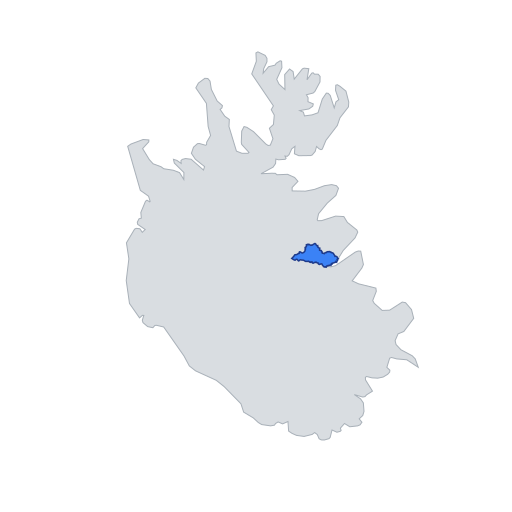 Hörgársveit, Norðurland eystra, Iceland shown in context, rotated 74°
{"feature_id": "244011B22444435927366", "entity_name": "Hörgársveit", "entity_type": "district", "adm_level": 2, "iso_a3": "ISL", "parent_name": "Iceland", "parent_adm1": "Norðurland eystra", "projection": "orthographic", "projection_center": [-18.391, 65.624], "detail": "fine", "context": "in_parent", "style": "filled", "palette": "blue", "viewbox_px": 512, "rotation_deg": 74, "n_neighbors": 0, "source": "geoboundaries", "source_scale": "gbopen_adm2", "svg_char_len": 8080}
<svg xmlns="http://www.w3.org/2000/svg" viewBox="0 0 512 512"><g transform="rotate(74 256 256)"><path d="M375.7,145.6L379.7,145.8L386.1,142.5L395.0,133.3L398.8,131.3L407.7,130.7L397.3,139.7L393.7,149.1L390.9,153.7L391.1,155.7L399.1,160.9L402.7,158.8L404.4,159.5L406.0,162.0L407.4,167.1L407.0,172.6L405.1,178.1L402.3,182.9L402.8,184.3L405.3,184.9L418.0,181.3L419.9,187.9L421.2,190.0L421.0,192.3L416.3,199.7L422.1,194.9L426.8,193.3L435.1,195.0L438.7,197.3L441.0,201.7L445.0,200.0L447.0,202.5L447.3,205.2L446.0,212.9L441.4,217.1L444.7,222.3L447.2,222.3L447.8,223.5L447.7,226.8L444.2,230.9L450.8,234.7L451.7,236.2L451.7,241.1L450.8,243.9L449.1,245.7L444.5,246.3L441.9,248.3L443.0,251.2L442.7,259.5L439.6,266.5L436.4,270.3L433.3,272.9L423.9,270.9L424.7,276.7L421.6,280.5L422.4,283.4L423.7,284.9L423.3,288.8L419.6,297.0L416.7,299.7L410.9,303.2L402.7,310.9L393.9,311.2L372.8,322.6L364.5,328.5L349.7,345.8L343.3,350.4L332.2,352.8L298.8,364.3L295.1,370.9L294.9,372.4L296.5,374.9L294.0,379.6L288.9,383.0L286.4,383.0L282.2,380.2L281.7,381.5L283.4,385.0L266.8,390.7L243.8,387.5L223.7,379.0L207.6,376.9L196.7,365.3L196.4,363.5L197.8,360.1L201.9,358.8L200.0,355.2L193.0,361.0L190.8,360.8L188.0,358.2L188.0,355.8L182.4,354.7L172.9,347.1L172.3,345.4L174.7,343.2L174.3,342.7L168.9,342.8L161.0,349.1L115.2,349.1L113.9,345.4L112.9,332.4L114.9,327.0L116.7,327.6L121.5,335.4L133.9,332.0L139.0,329.5L144.0,322.7L146.7,320.6L150.8,311.8L154.8,306.5L162.6,304.3L155.9,302.3L144.1,308.9L140.3,308.7L142.3,305.7L146.4,302.4L143.7,301.9L142.8,300.3L142.9,296.9L145.1,291.7L158.9,282.8L155.9,280.8L146.3,287.6L139.5,289.8L134.2,286.1L131.9,281.4L132.2,279.5L135.7,273.9L135.3,272.8L133.1,272.1L127.6,266.4L118.3,266.3L95.6,261.6L77.8,267.5L73.9,263.7L71.1,256.2L72.1,253.4L75.2,252.0L83.6,253.0L96.3,250.6L102.2,246.8L104.3,248.0L105.2,250.1L113.0,247.5L117.4,244.0L124.1,246.3L149.8,245.9L153.4,241.2L155.1,235.4L154.5,234.2L144.8,239.0L142.7,238.8L132.0,235.3L128.3,231.8L129.8,229.3L135.8,224.1L151.0,215.7L153.1,213.9L153.4,211.7L147.9,207.4L136.9,207.9L134.4,203.0L125.6,199.6L119.5,201.0L116.5,197.9L79.8,209.9L68.9,202.0L60.8,200.1L60.3,197.9L65.7,191.9L69.0,191.0L72.3,191.9L78.1,197.0L82.3,198.8L77.5,191.7L77.8,185.2L76.3,183.4L75.0,179.0L75.8,177.7L82.2,179.2L91.9,187.4L97.1,186.5L104.0,182.3L89.5,178.4L85.5,172.2L89.0,169.5L96.5,170.5L88.9,159.8L88.7,158.0L90.5,153.6L100.7,158.4L95.6,152.0L95.6,150.6L97.3,149.7L98.4,146.1L101.1,144.9L106.3,146.5L114.1,154.1L115.1,156.1L114.9,163.1L118.2,162.3L122.0,163.5L125.6,159.0L127.7,160.2L129.2,164.6L128.3,173.9L130.8,170.8L134.7,170.8L135.8,163.2L135.4,156.9L123.4,149.0L118.8,143.5L119.5,141.8L122.1,140.4L135.2,140.0L129.8,136.6L128.6,133.4L118.7,133.9L113.8,132.2L113.8,130.6L116.0,128.5L122.3,124.1L133.6,124.4L138.1,126.0L146.3,137.2L153.0,141.9L164.1,156.9L171.5,162.8L171.7,164.2L170.4,165.8L167.4,167.6L171.8,170.3L174.4,174.2L174.5,175.8L171.4,187.2L168.3,190.9L161.3,188.3L162.8,192.1L167.7,196.3L168.8,198.5L167.9,200.6L170.4,200.1L171.1,201.3L169.7,207.9L168.3,210.2L172.5,211.7L175.3,215.1L178.3,228.5L180.7,218.4L181.8,214.7L183.7,213.4L186.2,203.1L191.2,197.2L195.8,195.1L200.1,202.4L203.4,203.3L207.3,190.6L208.1,181.3L207.3,170.9L208.2,163.6L210.6,159.3L213.6,158.0L219.8,162.5L224.8,172.9L232.6,184.2L238.1,187.2L239.1,186.8L240.1,183.2L239.6,168.5L242.3,160.7L248.9,158.9L258.8,151.9L261.1,151.6L265.9,155.8L274.7,170.6L280.9,177.4L284.2,188.4L285.7,190.4L287.1,187.0L287.2,182.1L279.6,159.5L279.4,156.4L280.2,154.0L293.8,155.1L296.8,157.6L306.4,170.4L311.0,165.1L319.9,149.6L323.1,150.1L331.0,156.1L334.1,155.4L343.1,149.7L344.9,142.5L340.6,128.1L342.1,125.1L350.4,121.3L359.4,121.6L369.3,134.7L370.0,140.9L375.7,145.6Z" fill="#d9dde1" stroke="#a8b0b8" stroke-width="1"/><path d="M259.0,204.4L259.6,204.5L259.9,204.5L260.1,204.5L260.3,205.0L260.8,205.1L261.0,205.3L261.2,205.5L261.2,205.9L261.2,206.2L261.6,206.6L262.0,206.6L262.7,206.4L263.3,206.7L263.4,206.8L263.3,207.0L263.5,207.1L264.0,207.2L264.5,207.5L264.8,207.7L265.0,208.0L265.2,208.3L265.3,208.4L265.5,208.7L265.8,209.6L265.9,210.4L265.9,210.6L265.8,210.9L265.6,211.1L264.4,212.1L264.2,212.4L264.2,212.6L264.1,212.8L264.0,213.0L264.2,213.3L264.3,213.3L264.6,213.5L265.0,213.4L265.4,213.7L265.4,214.0L265.4,214.3L265.3,214.5L265.3,214.8L265.4,215.1L265.6,215.4L265.6,215.5L265.8,216.3L265.8,216.7L265.8,216.8L265.8,217.1L265.6,217.7L265.6,217.9L265.6,218.5L265.9,218.8L266.2,219.2L266.5,219.4L266.7,219.8L267.7,221.4L268.2,222.3L269.5,221.2L270.0,220.7L270.4,220.3L270.7,219.7L270.8,219.6L270.7,219.2L270.3,218.4L270.3,218.1L270.3,217.9L270.4,217.6L270.8,217.2L271.1,217.1L272.0,216.8L272.2,216.6L272.5,216.4L272.5,216.1L272.0,215.0L271.9,214.8L271.9,214.4L271.9,214.1L272.4,213.4L272.7,212.6L272.9,212.0L273.0,211.7L273.4,211.2L273.8,210.8L274.1,210.5L274.6,210.2L274.8,209.9L274.9,209.7L275.0,209.5L275.0,209.2L275.1,208.9L275.3,208.4L275.4,208.0L275.4,207.6L275.4,207.3L275.4,207.2L275.5,207.1L275.8,206.9L275.8,206.7L276.3,206.3L276.3,206.1L276.3,205.9L276.5,205.7L276.8,205.6L277.0,205.7L277.2,205.3L277.2,205.1L277.0,204.7L277.0,204.4L277.0,203.9L277.2,203.7L277.6,203.7L278.0,203.8L278.2,203.6L278.5,203.4L278.7,202.5L278.5,202.1L278.4,201.8L278.3,201.1L278.3,200.9L278.6,200.5L278.5,200.4L278.4,200.3L278.4,200.1L278.7,199.6L278.8,199.6L279.1,199.4L279.3,199.3L279.4,199.2L279.5,199.0L279.7,198.4L279.9,198.2L280.1,198.3L280.3,198.3L280.8,198.2L281.3,197.8L281.6,197.4L281.5,197.2L281.5,196.7L281.6,196.3L281.5,195.8L281.5,195.6L281.6,195.2L281.7,194.9L283.0,194.7L283.4,194.5L283.7,194.4L284.4,194.0L284.8,194.0L284.9,193.9L285.1,193.7L285.2,193.4L285.3,193.4L285.4,193.2L285.4,192.9L285.5,192.9L285.5,192.7L285.6,192.4L285.6,192.2L285.6,191.9L285.8,191.8L285.8,191.7L286.0,191.9L286.1,191.7L285.8,191.5L285.9,191.4L285.8,191.2L285.7,191.2L285.4,190.8L285.4,191.0L285.2,190.8L285.1,190.7L285.0,190.3L285.2,190.0L285.2,189.9L285.3,189.5L285.1,189.3L285.2,189.2L285.1,188.8L285.2,188.6L285.1,188.4L285.1,188.1L285.4,187.7L285.2,187.4L285.2,187.2L285.2,186.9L285.2,186.7L285.1,186.3L285.2,186.2L285.3,186.2L285.0,185.9L284.9,185.7L284.9,185.4L284.7,185.3L284.8,185.4L284.8,185.5L284.7,185.6L284.9,186.0L284.7,185.8L284.6,185.7L284.3,185.7L284.3,185.4L284.2,185.2L284.3,185.1L284.1,185.0L284.1,184.9L283.9,184.8L283.9,184.7L284.0,184.5L284.0,184.4L284.5,184.8L284.6,185.0L284.5,184.8L284.1,184.4L284.1,184.2L284.1,183.9L284.0,183.7L284.0,183.1L284.0,182.9L284.0,182.7L283.9,182.5L284.0,182.3L284.0,182.2L284.0,182.3L284.0,182.2L283.9,181.8L284.0,181.6L283.9,181.1L283.7,180.7L283.8,180.6L283.7,180.6L283.8,180.5L283.7,180.5L283.8,180.5L283.9,180.4L284.0,180.3L283.9,180.1L283.5,179.8L283.5,179.7L283.1,179.4L282.9,179.1L282.7,178.9L282.5,179.1L282.2,179.1L281.8,179.1L281.5,178.9L281.5,178.7L281.5,178.4L281.4,178.2L281.5,177.9L281.4,177.6L281.2,177.7L281.1,177.9L280.4,178.1L279.0,178.4L278.1,179.5L278.1,179.8L278.1,180.2L277.9,180.2L277.3,180.2L277.0,180.3L276.6,180.4L276.0,180.7L275.2,180.8L274.9,181.0L274.7,181.0L274.4,181.2L274.1,181.5L273.5,182.7L273.4,182.7L272.9,182.8L272.8,183.0L272.7,183.2L272.7,183.4L272.7,183.5L272.2,183.8L272.2,184.0L271.9,184.3L271.9,184.5L272.0,184.8L271.9,185.2L271.7,185.4L271.6,185.9L271.6,186.4L271.6,186.6L271.7,186.8L271.8,186.9L272.1,187.2L271.8,187.5L271.9,188.0L272.1,188.6L272.0,188.9L272.0,189.0L272.3,189.7L272.5,189.8L272.1,190.4L271.8,190.8L271.7,191.2L271.6,191.5L271.1,191.5L270.5,191.3L270.4,191.5L270.1,191.8L269.7,191.6L269.1,191.7L268.9,191.7L268.6,191.9L268.4,192.5L268.0,193.3L267.6,193.3L267.5,193.2L267.4,193.0L266.6,192.8L266.1,192.5L265.7,193.2L265.5,193.4L265.2,193.5L264.9,193.8L264.8,194.0L264.3,194.0L263.9,193.9L263.6,194.1L263.1,193.9L263.1,194.1L263.0,194.4L263.0,194.5L262.9,194.6L262.7,194.5L262.3,195.0L261.5,195.2L261.1,195.2L260.4,195.7L260.2,195.9L260.2,196.0L260.4,196.8L260.5,197.4L260.6,197.8L260.7,198.0L260.8,198.3L261.0,198.6L261.0,199.1L261.0,199.4L260.7,199.7L260.7,199.8L260.7,200.0L260.9,200.2L260.9,200.3L260.7,200.6L259.5,201.8L259.3,201.9L259.4,202.4L259.5,202.5L259.4,202.6L259.0,202.9L259.2,203.3L259.0,204.4Z" fill="#3b82f6" stroke="#1e3a8a" stroke-width="1.5"/></g></svg>